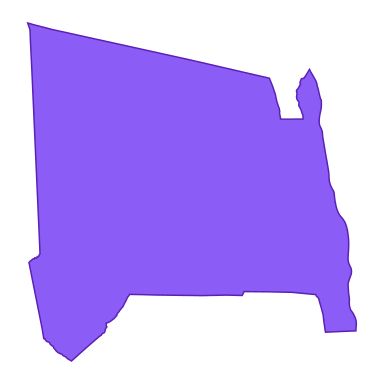 outline of Galole, Coast, Kenya
{"feature_id": "3690345B71380805916784", "entity_name": "Galole", "entity_type": "district", "adm_level": 2, "iso_a3": "KEN", "parent_name": "Kenya", "parent_adm1": "Coast", "projection": "equal_earth", "projection_center": [39.8, -1.506], "detail": "fine", "context": "isolated", "style": "filled", "palette": "violet", "viewbox_px": 384, "rotation_deg": 0, "n_neighbors": 0, "source": "geoboundaries", "source_scale": "gbopen_adm2", "svg_char_len": 5900}
<svg xmlns="http://www.w3.org/2000/svg" viewBox="0 0 384 384"><path d="M27.7,23.0L29.8,29.2L30.0,29.7L30.0,30.5L30.3,36.5L30.3,38.6L31.9,71.2L39.7,245.8L40.0,254.0L39.5,254.4L39.3,254.6L39.2,254.9L39.2,255.2L39.1,255.6L39.0,255.9L38.8,256.1L38.5,256.4L38.2,256.6L37.9,256.8L37.7,256.8L37.5,256.6L37.3,256.5L37.2,256.7L37.1,257.0L37.1,257.6L37.0,257.8L36.8,258.0L36.4,258.1L36.1,258.2L35.3,257.8L35.0,257.6L34.8,257.7L34.7,258.0L34.6,258.4L34.3,258.7L34.1,258.9L33.0,258.9L32.8,259.0L32.1,259.6L31.6,260.2L31.3,260.5L31.1,260.6L30.8,260.6L30.5,260.8L30.3,261.0L29.6,262.0L29.3,262.1L29.0,262.4L28.9,262.8L29.1,263.2L42.1,328.5L43.7,338.1L43.8,338.7L44.0,338.8L44.4,338.8L44.7,338.7L44.9,338.7L45.0,339.0L45.2,339.4L45.3,339.8L45.9,340.6L46.2,340.9L46.6,341.3L47.2,341.7L47.5,341.8L48.3,341.9L48.6,342.1L49.1,342.3L49.3,342.5L50.0,343.6L50.3,344.3L50.7,344.7L52.1,345.8L52.6,346.1L52.8,346.2L53.2,346.5L53.4,346.8L53.7,347.8L54.0,348.3L54.1,348.5L54.9,349.2L55.1,349.5L55.5,350.0L56.1,350.9L56.5,351.3L56.9,351.4L57.2,351.9L57.9,352.5L58.4,352.8L60.4,353.8L60.7,353.8L61.0,353.8L61.4,353.9L62.0,354.3L62.2,354.5L62.3,354.8L62.6,355.1L63.1,355.6L63.6,355.9L65.7,356.9L66.3,357.3L67.2,358.5L68.0,358.9L71.5,361.0L86.2,347.8L99.6,336.2L99.8,336.0L100.0,335.9L100.4,335.8L101.1,335.4L101.2,335.1L101.6,334.6L101.8,334.4L102.1,333.9L102.3,333.6L102.5,333.5L102.8,333.4L103.2,333.2L103.7,332.8L104.1,332.8L104.3,332.6L104.5,332.3L104.7,332.1L104.8,331.8L104.8,331.5L104.9,331.1L105.1,330.7L105.2,329.8L105.6,328.9L105.7,328.7L106.1,328.0L106.3,327.6L106.4,327.4L106.7,327.2L106.9,326.9L106.7,326.6L106.4,326.3L106.3,325.1L106.2,324.6L106.1,323.8L106.1,323.4L106.2,323.0L106.5,322.9L106.7,323.0L107.0,323.0L107.7,322.7L108.4,322.3L109.8,321.7L110.1,321.6L110.7,321.1L111.5,320.5L112.0,320.2L112.7,319.5L113.0,319.2L113.5,319.0L113.8,318.9L114.0,318.7L114.8,317.6L115.1,317.3L115.7,316.9L116.1,316.0L116.4,315.7L116.6,315.7L116.8,315.5L117.0,315.1L117.0,314.6L117.1,314.1L117.2,313.6L117.4,313.3L118.2,312.7L118.4,312.5L118.9,311.7L119.3,311.2L119.8,310.4L120.7,309.3L120.9,309.1L121.6,308.0L122.3,307.5L122.7,307.0L122.9,306.7L124.6,303.2L125.3,301.9L125.7,301.3L125.9,301.0L126.3,300.2L126.6,299.3L127.0,298.4L127.6,297.2L127.9,296.8L128.7,295.9L129.2,295.1L129.5,294.4L141.5,294.6L148.1,294.8L155.5,295.0L202.1,295.6L226.8,295.1L242.2,295.5L244.1,291.6L267.6,291.8L291.6,292.3L315.8,294.6L316.0,294.9L316.1,295.6L316.3,296.0L316.5,296.3L317.7,297.3L318.1,297.7L318.3,297.9L318.5,298.2L318.8,299.1L319.7,302.5L321.1,307.2L322.1,311.0L323.1,314.7L323.2,315.5L323.5,318.4L324.0,322.5L324.1,323.1L324.6,326.5L325.1,330.3L325.5,332.2L336.3,331.7L349.8,331.1L355.9,330.9L355.9,330.2L356.0,328.8L356.3,324.6L356.3,322.7L356.2,321.7L356.1,321.0L356.0,320.4L355.8,319.6L355.5,318.6L355.2,317.7L354.8,316.7L354.3,315.8L353.3,313.7L352.7,312.7L351.2,310.7L350.9,310.2L350.5,309.4L350.3,308.9L350.0,308.1L349.8,307.2L349.4,305.2L349.3,303.8L349.3,302.4L349.3,300.8L349.4,300.1L349.4,298.7L349.3,298.0L348.7,293.8L348.5,291.5L348.4,290.0L348.1,285.1L348.1,284.2L348.2,283.3L348.4,282.5L348.5,282.1L348.8,281.0L349.2,279.9L349.7,278.4L350.6,275.9L351.2,274.1L351.4,273.1L351.4,272.6L351.5,271.6L351.5,270.8L351.4,269.9L351.2,269.0L351.1,268.5L350.8,267.7L350.2,266.6L349.5,265.0L348.9,263.6L348.7,263.0L348.6,262.7L348.3,261.3L348.1,259.7L348.1,258.7L348.1,257.6L348.1,256.1L348.4,251.6L348.6,249.4L348.6,248.4L348.7,245.0L348.7,242.3L348.6,239.7L348.4,237.6L348.1,235.3L347.8,232.8L347.5,230.7L347.2,229.3L346.5,226.6L346.1,225.3L345.7,224.2L345.4,223.3L345.0,222.5L344.5,221.4L344.1,220.9L343.2,219.5L342.5,218.5L342.0,217.9L340.9,216.7L340.5,216.2L340.0,215.6L339.3,214.6L338.8,213.6L338.4,212.9L337.6,211.0L337.2,210.1L336.5,207.9L336.0,206.0L335.5,203.4L335.0,201.1L334.9,200.2L334.6,197.7L334.2,193.7L334.1,192.7L333.6,191.2L333.3,190.5L333.1,190.2L332.7,189.8L331.2,186.8L330.8,185.8L330.6,185.4L330.0,183.7L329.8,182.8L329.5,181.7L329.3,180.7L329.1,178.8L329.0,177.2L329.0,175.5L328.8,173.6L328.6,171.2L328.1,168.4L327.3,163.5L326.9,161.1L326.2,157.3L325.1,151.1L323.8,143.1L322.9,137.9L322.7,136.7L322.6,135.7L322.5,133.8L322.3,132.3L322.3,131.8L321.9,130.6L321.6,129.6L321.1,128.3L320.1,126.3L319.7,125.4L319.6,125.0L319.3,123.6L319.2,123.0L319.2,121.9L319.2,120.2L319.4,117.6L319.7,115.7L320.1,113.5L320.9,109.8L321.1,108.7L321.3,106.8L321.4,104.6L321.4,102.2L321.3,100.6L321.2,99.9L320.5,98.7L319.7,95.8L318.8,91.9L318.5,90.4L318.3,89.4L317.1,85.4L317.1,85.1L316.8,83.5L316.6,82.7L316.4,82.3L315.7,80.6L315.5,80.2L312.6,75.0L310.8,72.0L309.5,69.4L306.1,75.0L305.9,75.4L305.4,76.1L304.3,77.6L303.8,78.3L303.4,78.2L303.1,78.3L302.8,78.6L301.8,78.6L301.5,78.7L300.8,80.1L300.1,82.0L300.0,82.6L300.0,83.1L300.4,84.0L300.6,84.3L300.2,84.8L300.0,85.0L299.8,85.4L299.2,86.4L299.0,86.9L298.8,87.2L298.6,87.6L298.4,87.9L298.0,88.5L297.9,88.8L297.6,89.0L297.0,89.6L296.8,89.9L296.6,90.3L296.6,90.7L296.5,91.1L296.5,91.5L296.7,92.3L296.8,92.7L297.1,93.2L297.0,93.6L296.9,94.3L296.8,94.8L296.8,95.5L296.7,95.9L296.5,96.9L296.6,97.5L296.7,97.9L296.8,98.4L296.8,98.8L296.9,99.1L297.4,99.9L297.8,100.7L298.0,100.9L298.6,101.6L298.9,101.9L299.0,102.3L299.0,103.0L299.0,103.3L298.8,104.3L298.8,105.6L298.8,105.9L299.4,106.6L299.5,106.9L299.9,107.4L300.0,107.7L300.2,108.3L300.5,108.8L301.1,109.9L301.2,110.2L301.5,111.3L301.8,111.9L301.8,112.5L301.9,112.8L302.0,113.2L302.4,114.0L302.6,114.3L302.9,115.3L303.0,115.7L303.1,116.0L303.0,116.4L303.0,116.8L303.0,117.1L303.0,117.4L303.0,118.1L303.0,118.9L303.0,119.1L297.1,119.1L293.9,119.1L290.4,119.2L280.5,119.1L280.5,117.7L280.2,116.6L280.0,115.4L279.6,113.7L279.6,113.2L279.7,111.1L279.6,110.4L279.5,109.9L279.0,107.7L278.4,106.4L276.7,101.0L276.6,100.4L276.4,99.2L276.1,98.2L275.9,97.3L275.7,96.1L275.5,94.9L275.4,94.6L272.9,87.1L272.4,85.7L271.9,84.4L271.3,83.0L269.4,78.2L190.9,60.1L52.2,29.5L33.3,24.6L27.7,23.0Z" fill="#8b5cf6" stroke="#5b21b6" stroke-width="1.5"/></svg>